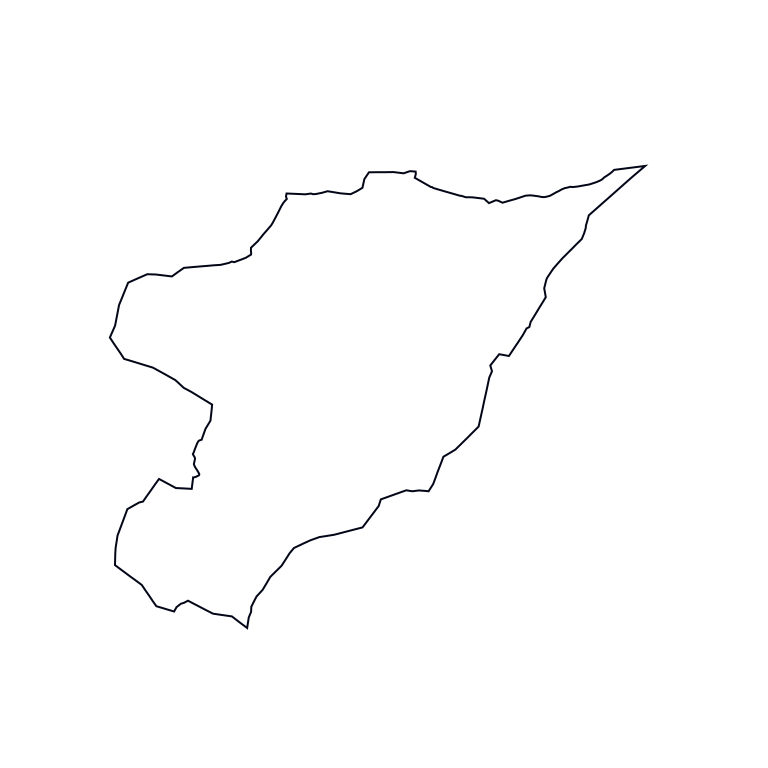 San Simón de Guerrero, México, Mexico, rotated 348°
{"feature_id": "50627088B53955228547607", "entity_name": "San Simón de Guerrero", "entity_type": "district", "adm_level": 2, "iso_a3": "MEX", "parent_name": "Mexico", "parent_adm1": "México", "projection": "mercator", "projection_center": [-100.037, 18.972], "detail": "fine", "context": "isolated", "style": "outline", "palette": "ink", "viewbox_px": 768, "rotation_deg": 348, "n_neighbors": 0, "source": "geoboundaries", "source_scale": "gbopen_adm2", "svg_char_len": 3852}
<svg xmlns="http://www.w3.org/2000/svg" viewBox="0 0 768 768"><g transform="rotate(348 384 384)"><path d="M585.0,297.9L590.6,294.3L596.3,290.6L601.9,286.9L607.6,283.3L611.2,278.0L613.7,273.5L614.5,270.9L617.0,266.3L619.4,261.6L644.2,247.6L669.1,233.5L684.8,225.0L653.6,222.4L651.1,224.0L648.5,225.3L645.3,226.6L642.4,227.7L639.5,229.4L636.8,230.1L633.7,230.7L630.3,231.1L626.1,231.5L620.9,231.3L614.5,231.1L609.5,230.6L607.1,229.8L604.7,230.0L601.6,230.0L598.3,230.6L594.8,231.7L592.2,232.3L588.8,233.4L585.5,234.4L582.3,234.6L579.5,234.5L577.2,233.9L574.5,232.7L571.5,231.6L568.1,230.4L566.0,229.8L563.0,229.4L561.8,229.2L557.2,229.7L550.8,230.4L544.3,230.8L537.6,231.3L534.0,228.6L532.9,228.0L531.6,227.5L524.3,228.9L520.4,223.6L514.6,221.6L509.0,219.7L502.9,218.4L498.6,215.9L497.9,215.9L491.0,212.2L485.9,209.5L484.2,208.6L482.5,207.7L480.3,206.5L477.3,204.9L476.4,204.4L475.9,204.1L474.2,203.2L473.1,202.6L471.8,201.3L470.9,201.1L465.5,196.3L457.0,188.7L458.8,185.2L459.1,182.8L453.6,181.2L447.0,182.0L437.4,178.7L431.4,177.5L425.4,176.3L419.3,175.0L413.3,173.8L407.4,179.5L403.7,187.6L397.7,189.7L390.8,191.4L381.2,188.5L374.3,185.8L368.9,183.7L362.9,184.1L356.7,184.0L354.1,183.6L352.1,182.5L346.4,182.1L338.4,180.0L328.3,177.4L327.1,180.2L327.4,182.8L324.4,184.9L323.0,186.1L320.7,188.5L316.3,194.0L312.6,198.5L308.4,203.5L306.4,205.5L301.4,209.3L297.4,212.3L290.1,218.2L286.0,220.7L282.3,223.0L281.6,225.4L281.3,228.4L280.8,229.8L278.5,230.6L275.1,231.8L270.2,232.6L262.8,233.7L260.6,232.6L257.5,233.3L249.0,233.5L242.2,232.5L235.6,231.7L225.6,230.4L219.0,229.6L212.4,228.8L205.6,231.7L198.9,234.7L192.8,232.6L183.7,229.5L175.3,227.4L165.1,229.5L154.8,231.7L148.5,241.0L144.6,246.8L141.3,251.6L137.2,261.3L133.1,271.0L130.3,274.9L125.5,281.6L129.0,290.4L132.9,299.8L135.0,305.4L140.9,308.6L146.7,311.8L152.6,315.1L161.3,319.9L167.8,325.5L173.0,330.0L180.7,336.8L184.5,342.1L187.3,346.1L193.7,351.5L199.1,356.6L203.2,360.5L208.8,365.8L211.6,368.4L209.7,374.5L206.6,383.8L200.1,390.7L194.0,400.6L193.2,400.7L191.7,400.8L190.8,401.2L190.2,401.7L189.8,402.2L188.7,403.5L186.6,406.7L185.5,408.3L183.7,411.3L182.5,412.7L182.5,413.1L183.1,414.9L183.5,416.1L183.7,417.0L183.6,417.7L183.4,418.4L182.2,421.0L181.4,422.8L181.5,424.0L181.8,425.5L182.5,427.5L183.3,429.5L184.5,433.1L184.5,434.2L183.9,434.9L183.0,435.1L181.3,435.6L178.3,435.9L177.9,435.7L174.1,446.6L166.4,444.5L158.8,442.5L150.8,435.7L144.2,430.1L139.4,434.4L134.7,438.8L128.7,444.3L123.8,448.9L119.9,449.0L113.4,451.0L106.9,453.1L103.6,458.4L100.2,463.7L95.2,471.6L91.8,476.9L90.1,481.5L88.5,485.6L87.4,488.6L86.0,493.6L84.1,501.5L83.2,505.2L90.2,513.2L95.4,519.1L102.3,526.8L105.3,530.2L107.7,536.2L110.2,542.1L112.6,548.1L115.1,554.0L123.7,558.7L131.4,562.9L134.7,559.1L139.7,556.7L143.1,556.4L147.2,555.2L152.0,559.2L156.9,563.2L161.7,567.2L169.0,573.1L177.9,576.4L186.9,579.7L193.1,587.0L199.4,594.2L203.2,584.2L204.6,582.2L206.6,579.3L207.9,574.3L212.7,568.3L215.2,565.3L222.5,560.1L227.9,554.3L232.7,549.0L240.2,544.2L246.0,540.5L251.0,535.5L256.5,529.9L261.8,525.7L271.4,523.4L279.4,521.6L289.0,520.3L295.9,520.7L303.9,521.1L313.1,520.7L319.6,520.4L326.4,520.1L333.2,519.8L338.5,515.2L343.8,510.6L349.9,505.3L353.4,502.3L356.9,496.2L363.6,495.3L370.2,494.4L376.9,493.5L383.6,492.6L389.4,494.8L396.1,495.4L402.6,497.3L405.3,498.2L411.3,492.1L414.8,486.6L418.2,481.1L423.5,473.0L427.0,467.5L433.6,465.3L440.2,463.0L448.5,457.7L454.0,454.2L459.5,450.6L467.7,445.3L470.3,439.6L472.9,433.9L475.5,428.2L478.0,422.5L480.6,416.8L483.2,411.1L488.3,399.6L492.3,394.0L491.8,388.0L497.3,383.4L502.9,378.8L512.0,382.6L517.8,376.9L520.9,373.9L523.3,371.6L529.8,365.2L535.0,359.3L538.0,358.5L540.4,353.7L546.8,347.0L550.9,342.6L555.8,337.5L560.3,332.7L560.6,323.7L564.0,316.7L565.4,314.3L569.8,310.0L573.3,306.6L579.1,302.2L585.0,297.9Z" fill="none" stroke="#020617" stroke-width="2"/></g></svg>